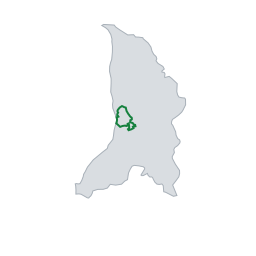 Nisporeni highlighted on a map of Moldova, rotated 33°
{"feature_id": "MDA-1642", "entity_name": "Nisporeni", "entity_type": "District", "adm_level": 1, "iso_a3": "MDA", "parent_name": "Moldova", "parent_adm1": "", "projection": "robinson", "projection_center": [28.24, 47.078], "detail": "fine", "context": "in_parent", "style": "outline", "palette": "green", "viewbox_px": 256, "rotation_deg": 33, "n_neighbors": 0, "source": "natural_earth", "source_scale": "10m", "svg_char_len": 2634}
<svg xmlns="http://www.w3.org/2000/svg" viewBox="0 0 256 256"><g transform="rotate(33 128 128)"><path d="M50.2,56.3L51.2,54.4L60.3,49.2L62.7,50.0L67.4,50.2L77.1,50.1L81.9,46.7L84.8,47.6L87.2,46.1L91.2,44.2L91.8,44.6L92.3,44.9L98.5,45.7L103.1,47.6L106.2,50.4L109.4,52.2L112.7,52.8L114.5,54.3L114.9,56.4L118.0,57.5L123.8,57.4L126.3,58.8L125.4,61.7L126.0,62.6L128.1,61.7L129.6,62.5L130.5,64.6L131.4,65.6L134.4,62.3L137.5,62.6L145.1,64.0L149.1,70.9L151.7,73.3L153.9,74.3L156.7,73.3L159.2,72.0L160.6,72.6L163.7,77.2L164.4,83.1L164.4,85.5L163.4,89.5L161.8,93.8L160.6,96.6L161.1,98.9L162.2,100.8L164.1,101.4L170.0,105.2L172.2,107.8L175.4,109.8L177.8,109.9L179.1,111.0L179.6,112.3L179.2,115.7L177.9,118.9L178.1,121.0L180.3,123.4L180.5,126.2L180.7,128.0L181.8,129.4L187.3,132.5L194.3,135.5L196.1,138.1L197.2,141.3L196.9,146.8L196.5,151.5L205.8,158.0L204.7,159.1L203.3,160.5L194.5,161.4L192.7,162.0L188.9,157.1L186.9,156.5L185.0,158.3L182.8,159.3L180.1,158.8L177.3,157.3L175.8,156.3L174.7,156.1L172.9,157.2L170.5,156.7L169.0,155.5L166.7,159.6L165.4,160.5L164.5,160.4L164.3,153.4L163.7,152.4L161.9,152.2L157.6,153.9L153.5,156.0L152.2,157.9L152.3,161.3L152.9,165.4L155.7,171.6L154.2,174.3L153.2,178.6L148.8,182.6L143.8,184.9L143.4,189.6L140.7,192.8L136.0,196.0L132.8,199.9L133.6,202.5L133.8,205.1L133.3,206.8L133.2,208.1L131.9,208.7L124.7,209.1L122.7,210.0L120.3,211.8L118.1,208.3L115.8,205.2L114.2,203.6L114.9,202.8L116.7,202.0L118.0,200.9L117.8,197.3L116.9,193.1L116.0,191.0L115.9,187.9L115.3,182.9L116.2,173.7L119.8,162.1L121.8,156.4L120.8,153.3L121.5,145.9L120.0,142.3L117.6,137.5L114.1,127.2L109.8,123.6L104.5,119.7L102.2,116.7L100.7,113.4L97.5,110.2L93.9,107.2L89.5,99.7L87.3,96.3L86.6,95.4L81.7,90.6L79.1,86.3L77.8,82.7L77.0,79.4L73.6,72.9L70.5,68.0L67.5,64.5L66.1,62.1L62.6,58.9L57.7,56.5L54.4,56.1L50.2,56.3Z" fill="#d9dde1" stroke="#a8b0b8" stroke-width="1"/><path d="M115.6,130.4L115.5,129.6L114.6,127.6L114.0,126.6L112.6,125.2L113.2,124.6L113.8,123.7L113.0,123.3L111.9,123.1L111.4,121.9L111.4,121.2L111.3,120.4L110.9,120.3L110.6,120.2L109.9,119.5L109.6,118.3L109.9,115.4L111.0,112.9L112.2,112.7L113.5,112.6L115.0,112.1L117.5,114.5L120.5,116.0L121.7,116.4L123.0,117.0L124.2,117.3L125.4,117.3L126.0,117.9L126.5,118.7L126.2,119.5L125.7,120.2L126.4,121.6L127.8,121.8L128.6,121.4L129.5,121.3L130.2,121.7L131.0,121.9L132.3,121.5L133.3,122.5L132.9,122.9L132.5,123.3L131.9,123.6L131.4,124.2L132.7,125.1L131.5,127.3L129.7,129.5L128.6,129.0L129.0,127.5L128.4,126.4L126.1,123.7L125.4,124.8L125.8,125.5L126.2,126.4L125.4,127.3L124.3,127.5L122.3,129.3L120.8,131.3L116.0,130.5L115.6,130.4Z" fill="none" stroke="#15803d" stroke-width="2"/></g></svg>